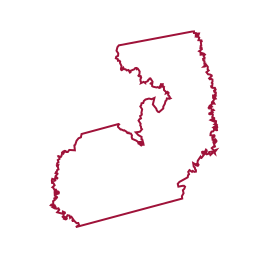 Candeias do Jamari, Rondônia, Brazil, rotated 165°
{"feature_id": "56859067B4922236816200", "entity_name": "Candeias do Jamari", "entity_type": "district", "adm_level": 2, "iso_a3": "BRA", "parent_name": "Brazil", "parent_adm1": "Rondônia", "projection": "orthographic", "projection_center": [-63.36, -8.964], "detail": "fine", "context": "isolated", "style": "outline", "palette": "rose", "viewbox_px": 256, "rotation_deg": 165, "n_neighbors": 0, "source": "geoboundaries", "source_scale": "gbopen_adm2", "svg_char_len": 5732}
<svg xmlns="http://www.w3.org/2000/svg" viewBox="0 0 256 256"><g transform="rotate(165 128 128)"><path d="M50.7,82.1L48.1,84.1L50.8,83.9L52.3,86.9L49.9,88.1L49.5,87.5L48.8,87.6L49.2,92.3L48.7,93.1L47.8,93.9L47.2,91.4L46.1,92.1L45.9,92.9L46.6,94.6L49.3,94.8L49.0,97.2L48.1,97.6L47.8,97.0L46.9,97.1L46.4,98.3L46.7,98.8L48.4,98.9L50.2,99.7L49.5,101.5L48.2,102.9L46.7,102.7L45.2,103.8L45.2,105.0L43.3,103.0L42.6,102.9L42.3,105.0L41.6,105.6L41.6,106.4L42.6,106.7L43.4,105.8L45.0,106.6L41.4,108.1L41.9,109.1L43.1,109.4L41.8,110.2L41.2,111.8L43.1,112.9L43.2,112.0L46.1,114.3L43.4,115.1L42.4,114.4L42.2,115.3L43.8,116.8L42.6,118.7L43.2,120.0L45.3,120.0L45.9,120.6L45.5,121.2L42.3,121.1L42.9,122.6L40.6,123.0L41.0,123.6L41.9,123.1L43.0,126.0L43.8,126.7L44.6,126.0L44.9,126.6L43.9,127.7L42.8,126.7L41.5,126.9L42.5,128.6L41.1,129.0L40.2,131.2L39.5,131.3L39.2,129.5L38.3,129.2L39.0,131.9L36.9,133.7L35.7,133.7L36.0,134.7L36.8,135.1L37.6,134.6L38.0,135.0L37.5,137.1L36.1,136.1L34.9,136.4L35.5,137.9L34.4,138.1L34.0,139.6L35.2,140.5L35.3,141.7L34.7,142.1L34.4,141.6L33.4,142.4L33.7,144.3L35.9,144.9L36.8,145.6L36.9,146.8L35.8,146.8L34.9,149.1L35.4,149.9L34.4,150.9L33.9,153.0L34.9,153.9L36.3,153.9L36.8,154.9L33.6,156.6L33.6,157.2L34.9,158.4L36.7,159.1L37.8,161.6L35.2,162.7L35.9,164.0L35.1,166.4L35.9,168.3L37.8,167.5L39.0,167.7L37.2,168.7L36.6,170.1L37.6,170.4L36.8,172.7L37.7,173.8L37.6,175.2L36.2,175.1L35.8,176.3L36.4,177.2L36.1,178.2L34.7,179.0L35.4,180.0L36.3,179.6L36.3,180.7L37.3,181.3L37.9,179.9L38.9,180.0L38.7,180.8L38.0,180.9L38.5,182.9L39.4,183.8L36.3,185.0L36.2,186.4L37.3,186.6L36.5,188.6L35.9,188.7L35.4,192.3L35.0,193.1L34.4,192.9L34.4,193.6L37.2,194.6L35.8,196.8L36.6,198.1L36.3,199.1L37.7,198.2L38.3,198.5L38.1,199.7L36.5,200.3L35.6,200.0L35.0,200.9L36.9,201.3L38.5,200.1L37.9,202.1L39.7,202.7L39.3,204.2L41.4,204.6L115.5,210.2L117.3,208.8L119.1,205.6L118.1,202.6L118.9,200.3L120.9,199.9L121.7,198.5L120.0,197.1L120.3,195.6L118.8,195.2L118.4,194.0L118.9,193.0L118.2,189.4L119.6,186.8L119.5,185.9L119.1,185.5L118.0,185.9L117.9,186.7L116.9,187.4L116.7,185.9L115.1,185.3L114.4,184.0L112.5,183.9L111.8,181.1L111.1,181.3L110.7,182.6L106.7,183.1L105.5,184.0L104.4,183.8L104.3,182.8L103.6,183.2L103.2,182.8L102.1,179.6L103.0,177.1L104.4,175.8L104.1,175.3L102.8,175.2L102.2,174.6L102.7,173.9L102.3,173.2L103.5,171.7L103.7,169.6L103.3,168.7L103.8,168.0L101.0,168.5L99.7,167.0L99.5,167.8L96.8,168.1L95.9,169.3L95.1,169.4L94.4,170.2L93.5,170.1L92.3,166.4L92.9,165.0L94.1,165.4L94.6,165.0L93.5,164.0L93.8,162.1L92.9,161.3L90.0,159.8L88.6,159.8L87.5,158.6L86.1,158.7L85.7,159.3L86.4,159.4L86.3,160.1L85.5,160.4L84.9,161.8L83.1,161.3L83.7,160.0L82.9,158.8L83.6,158.7L82.8,158.1L83.4,155.3L81.8,152.8L82.5,151.6L81.2,151.8L80.5,152.6L80.1,152.2L79.7,151.4L80.5,150.4L80.6,149.0L80.1,148.6L79.7,147.2L80.1,146.7L79.3,145.7L80.4,145.5L82.8,146.5L83.8,144.7L84.8,144.3L86.2,141.8L88.4,139.5L88.9,137.7L93.9,135.3L95.0,136.1L95.7,137.9L95.7,139.4L97.9,144.3L94.7,150.2L97.7,149.7L100.1,151.0L103.7,151.0L105.7,150.0L106.8,148.2L108.5,148.4L109.4,146.5L110.5,145.7L109.5,142.4L111.2,139.0L111.0,137.9L111.5,137.1L113.2,136.4L113.0,133.9L114.7,133.5L115.9,132.4L114.7,128.8L115.5,127.5L115.1,125.9L115.4,124.3L114.8,123.2L117.5,121.3L121.6,121.8L119.8,118.4L117.2,115.9L117.9,113.7L117.2,113.2L117.2,110.9L120.5,111.5L120.6,110.9L119.1,109.3L117.2,109.0L117.3,107.8L118.9,108.2L119.6,107.7L120.3,108.2L120.3,109.1L121.9,110.2L122.0,112.1L123.3,113.7L126.7,116.4L126.8,118.3L126.1,119.9L126.7,121.9L128.3,122.5L128.5,123.3L129.5,123.1L130.3,123.9L130.2,124.6L132.3,126.8L132.9,126.7L134.9,128.4L135.6,128.5L137.4,131.7L136.8,133.1L135.7,133.8L136.1,134.3L174.4,134.2L175.9,131.2L178.4,130.9L181.0,129.0L183.3,125.5L184.3,125.1L185.1,120.2L190.4,122.0L192.4,120.4L193.9,120.8L194.2,121.9L195.0,122.3L196.4,122.1L196.5,121.6L195.8,121.4L196.9,120.2L197.5,121.6L198.0,121.4L197.8,120.2L198.4,120.3L199.4,118.3L200.9,117.5L201.7,118.0L202.2,115.8L204.1,115.2L204.0,113.0L205.6,112.2L205.6,110.8L206.4,110.5L206.4,109.7L205.2,109.9L205.8,109.0L205.9,106.0L207.2,105.8L207.9,104.6L208.8,104.2L209.6,103.2L208.0,102.5L207.9,102.0L210.4,100.3L211.0,99.1L210.1,99.5L209.2,97.9L209.7,97.5L210.4,98.0L212.2,97.6L211.9,96.2L212.6,96.1L213.2,97.8L214.3,98.5L215.1,97.2L215.5,95.0L214.7,95.1L214.9,94.3L214.3,94.0L213.7,91.7L216.3,90.3L215.6,89.6L215.1,87.3L213.6,87.1L213.2,85.3L211.8,84.6L211.4,83.8L211.9,82.7L214.2,82.6L214.9,83.5L214.2,84.0L213.1,83.8L212.7,84.3L214.2,84.8L214.8,85.8L215.4,85.4L216.2,81.6L214.6,80.0L214.5,79.3L215.8,78.4L216.6,79.3L217.4,79.1L217.4,77.4L219.3,76.7L219.9,73.5L220.6,73.2L220.9,73.8L221.9,73.8L222.6,73.3L221.0,72.2L218.9,72.3L218.5,70.7L220.9,70.6L219.7,69.4L217.6,68.4L216.0,68.4L215.6,66.8L218.2,64.9L213.3,62.1L212.5,64.1L210.9,62.8L210.9,62.2L212.5,61.4L213.0,59.8L214.1,59.1L213.8,58.6L211.9,58.4L211.3,57.3L212.7,57.8L213.4,56.9L212.0,55.9L211.1,55.9L210.3,58.0L209.0,59.4L207.2,58.5L207.2,56.2L205.8,57.0L205.5,56.6L204.5,53.7L205.6,53.3L205.5,52.5L203.9,52.2L202.3,49.4L200.6,49.1L200.4,47.0L204.0,45.8L93.9,45.8L93.6,48.2L91.2,50.6L91.1,53.7L89.5,54.6L88.1,56.5L88.9,57.7L90.0,58.0L94.5,58.3L94.4,61.2L92.3,62.6L83.1,64.9L82.2,66.9L81.0,67.5L81.2,70.0L79.5,71.4L77.5,69.1L76.6,69.8L75.3,68.5L73.7,68.3L73.3,69.7L73.9,71.2L73.7,72.5L74.5,73.7L74.1,77.3L72.3,75.5L70.8,75.5L71.8,74.3L70.4,73.4L69.4,74.2L70.0,76.1L69.1,78.3L65.5,81.4L65.4,80.5L64.8,80.1L61.3,82.7L62.7,84.1L62.7,85.6L62.1,85.8L59.9,85.0L58.3,86.9L57.8,86.1L58.1,84.8L58.8,84.2L60.4,84.0L58.8,82.2L56.9,82.3L55.7,83.8L55.1,83.6L55.7,82.6L55.4,80.6L53.1,81.8L53.1,83.4L50.9,82.7L50.7,82.1ZM201.7,118.0L202.2,118.8L202.7,118.8L202.6,118.3L201.7,118.0ZM50.7,82.1L51.0,81.4L50.7,80.9L50.7,82.1Z" fill="none" stroke="#9f1239" stroke-width="2"/></g></svg>